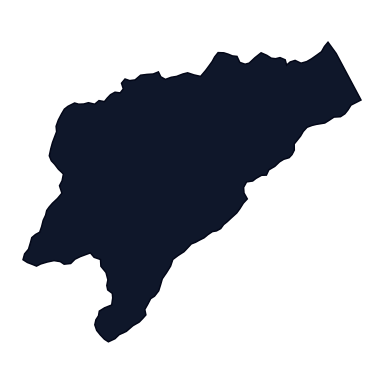 outline of São José de Ubá, Rio de Janeiro, Brazil
{"feature_id": "56859067B33717371595931", "entity_name": "São José de Ubá", "entity_type": "district", "adm_level": 2, "iso_a3": "BRA", "parent_name": "Brazil", "parent_adm1": "Rio de Janeiro", "projection": "mercator", "projection_center": [-41.953, -21.389], "detail": "fine", "context": "isolated", "style": "filled", "palette": "ink", "viewbox_px": 384, "rotation_deg": 0, "n_neighbors": 0, "source": "geoboundaries", "source_scale": "gbopen_adm2", "svg_char_len": 2281}
<svg xmlns="http://www.w3.org/2000/svg" viewBox="0 0 384 384"><path d="M361.0,100.0L336.2,53.5L328.0,42.2L324.5,46.4L321.5,51.7L316.4,55.4L311.4,58.9L306.7,61.6L301.0,63.2L295.1,60.4L290.1,62.0L286.6,65.1L285.2,59.8L280.0,57.6L275.6,58.7L271.3,58.2L266.8,55.3L261.1,52.8L254.8,57.8L249.2,63.1L245.1,64.2L239.8,62.4L237.0,56.4L232.4,55.9L228.3,54.2L223.8,52.8L218.1,52.6L214.6,57.0L212.2,61.5L209.3,65.5L205.6,70.5L200.6,76.4L194.0,74.9L187.6,72.8L182.8,74.0L176.6,76.4L171.1,77.3L165.4,79.4L160.8,76.8L158.4,71.9L153.2,74.0L147.0,74.4L140.6,75.2L135.1,79.9L129.7,80.6L125.0,79.0L121.5,83.2L123.3,88.8L120.2,92.9L115.0,92.2L110.5,94.7L107.5,97.8L104.4,101.6L99.0,100.6L94.7,104.2L88.4,102.7L83.7,104.0L78.7,104.2L74.6,103.0L68.0,106.3L64.4,109.1L61.6,113.8L58.3,120.1L56.1,126.3L56.6,131.7L54.6,136.9L52.5,142.5L50.8,148.7L49.3,155.8L51.3,160.7L54.6,164.2L58.4,169.2L63.4,174.0L62.1,180.7L59.5,185.7L61.9,193.2L57.5,198.5L52.5,203.2L49.1,207.1L46.7,210.5L45.6,215.2L43.2,220.3L41.6,226.7L39.7,232.2L35.5,234.5L31.8,237.6L30.5,242.5L28.5,249.2L24.6,253.9L23.0,259.7L27.4,262.5L32.4,264.4L36.5,266.1L40.6,264.0L47.3,262.0L54.0,260.6L60.3,261.6L64.1,264.2L70.7,263.5L75.0,259.2L80.3,256.6L85.7,254.6L90.4,252.9L94.1,257.3L100.5,259.5L100.9,266.3L106.0,272.5L107.9,279.8L106.8,285.5L107.7,289.9L112.3,293.4L112.7,297.9L111.7,305.0L104.6,307.8L99.3,311.1L98.5,315.8L95.9,319.8L94.8,324.8L96.7,330.4L100.4,335.0L104.4,339.2L108.4,341.8L115.0,338.7L119.1,334.7L126.3,331.4L132.9,325.7L139.3,322.0L142.8,318.4L145.9,314.9L144.8,309.5L147.9,304.0L150.7,298.6L154.5,296.2L158.7,290.8L160.5,285.0L162.3,278.8L166.7,272.4L170.6,266.1L172.8,259.5L178.1,255.5L184.0,251.7L187.6,247.9L191.3,243.9L195.5,242.3L199.3,240.2L204.1,237.8L207.8,234.7L212.4,231.6L216.5,230.9L220.7,228.6L223.6,224.6L227.1,221.8L231.4,217.8L236.7,213.0L239.8,208.8L243.3,203.2L247.3,198.9L244.0,193.0L243.6,187.4L246.6,181.9L252.7,181.0L256.0,178.4L261.5,175.3L266.4,175.1L268.8,169.9L274.9,166.3L279.5,161.9L283.7,159.3L289.1,157.7L292.0,154.6L294.3,150.1L294.2,144.0L297.1,140.4L300.6,136.0L303.2,131.5L307.0,127.3L312.1,125.4L316.2,124.4L320.5,123.7L324.8,123.0L329.6,120.0L333.9,117.1L340.5,116.7L344.9,113.8L348.0,109.9L351.0,105.1L356.5,102.3L361.0,100.0Z" fill="#0f172a" stroke="#020617" stroke-width="1.5"/></svg>